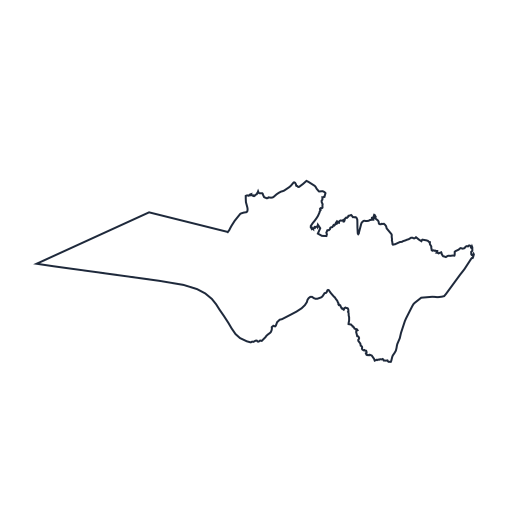 outline of Nyando, Nyanza, Kenya, rotated 14°
{"feature_id": "3690345B75499732008954", "entity_name": "Nyando", "entity_type": "district", "adm_level": 2, "iso_a3": "KEN", "parent_name": "Kenya", "parent_adm1": "Nyanza", "projection": "equal_earth", "projection_center": [34.954, -0.207], "detail": "fine", "context": "isolated", "style": "outline", "palette": "slate", "viewbox_px": 512, "rotation_deg": 14, "n_neighbors": 0, "source": "geoboundaries", "source_scale": "gbopen_adm2", "svg_char_len": 6163}
<svg xmlns="http://www.w3.org/2000/svg" viewBox="0 0 512 512"><g transform="rotate(14 256 256)"><path d="M168.0,303.5L192.8,301.6L206.9,302.4L215.8,304.6L223.5,308.3L229.0,312.5L233.6,316.9L239.4,322.0L245.4,327.6L249.8,332.1L255.0,336.7L260.3,339.5L267.7,341.0L271.6,341.1L272.2,340.8L272.6,340.3L273.1,340.0L274.3,339.9L275.9,338.4L276.6,338.0L277.2,337.9L278.3,338.6L279.1,338.5L279.8,337.9L280.5,337.0L282.1,337.0L284.5,333.0L285.0,332.1L285.3,331.1L286.5,329.3L288.0,327.5L288.6,326.6L288.9,325.8L289.1,323.9L288.9,322.2L288.5,321.3L288.8,320.7L289.4,320.1L289.7,319.5L290.4,319.5L291.0,319.7L291.7,319.6L292.1,318.7L292.5,315.1L294.4,312.1L296.5,311.0L303.9,304.5L308.7,300.2L312.9,295.7L315.3,291.9L316.5,288.5L316.6,286.0L317.3,284.1L318.6,282.5L320.3,282.1L322.3,282.9L324.2,283.1L325.9,282.6L329.1,280.5L330.0,279.5L330.7,278.0L330.9,277.1L331.2,276.5L331.5,275.5L332.9,274.8L333.3,274.0L333.6,272.0L334.1,271.5L334.8,271.5L337.6,273.9L341.6,276.7L342.4,277.0L344.0,278.5L345.6,279.7L346.9,281.5L347.6,282.0L347.6,282.9L348.3,283.6L349.1,283.3L349.7,283.5L350.2,284.3L351.9,286.2L352.6,285.9L353.3,286.6L354.1,286.9L354.3,286.2L354.5,285.1L355.2,284.4L356.3,284.6L357.0,284.5L357.7,284.6L358.4,285.4L359.1,287.3L358.8,287.9L359.7,289.0L360.3,291.2L361.2,293.0L361.9,295.8L362.0,296.7L362.1,298.9L362.3,299.7L364.8,299.5L365.4,300.0L366.6,300.5L366.9,301.1L367.5,301.1L368.2,301.5L369.1,302.6L370.5,302.8L371.3,302.6L371.9,302.9L372.5,303.5L371.4,304.4L371.7,305.9L372.1,306.5L373.6,309.3L374.3,309.2L374.9,309.5L375.4,310.0L375.9,310.7L375.9,311.7L375.5,312.6L375.8,313.6L378.4,315.7L379.3,317.7L380.1,317.9L380.7,318.3L381.1,319.0L381.2,320.1L381.5,320.7L382.0,321.1L383.3,321.5L384.0,321.0L384.6,321.4L385.8,321.3L386.3,322.0L386.7,323.1L386.1,323.8L387.1,325.1L387.9,325.3L388.4,324.9L389.7,325.0L390.2,324.3L392.4,324.6L395.5,327.3L396.5,328.8L398.2,327.5L398.7,327.7L399.7,326.9L400.5,326.9L401.1,326.3L401.7,326.1L403.1,325.9L403.8,325.3L404.6,325.7L405.2,326.5L407.4,326.1L408.8,325.5L409.4,326.2L410.2,326.6L412.4,326.1L412.6,324.9L412.6,320.8L412.8,319.4L413.9,316.5L414.6,314.0L414.6,311.3L414.4,308.8L414.4,307.2L415.4,301.0L415.3,295.5L416.2,283.1L416.7,280.2L418.9,270.5L419.9,266.3L420.5,264.4L421.3,263.1L426.4,256.5L436.7,253.0L438.9,252.5L441.8,252.1L443.1,251.7L446.2,250.5L448.3,249.4L449.6,246.7L458.5,224.9L461.4,218.4L465.5,206.5L465.9,205.8L466.7,205.6L466.9,204.6L467.0,201.8L466.6,201.3L466.4,202.3L466.0,203.1L465.2,202.9L464.5,202.3L463.8,200.0L464.3,199.3L464.6,198.5L463.8,195.3L463.3,194.6L463.2,196.1L462.6,195.9L461.8,194.4L460.7,194.1L459.8,194.5L459.4,195.4L458.0,195.5L457.5,195.9L457.0,196.5L456.8,197.2L456.2,198.1L454.7,198.9L452.7,198.8L452.2,199.2L451.1,200.8L448.4,203.0L447.8,203.8L448.5,206.9L448.4,207.7L446.9,207.9L444.4,208.9L443.0,209.1L442.3,209.4L441.7,209.8L440.5,211.1L439.8,211.1L439.1,210.9L437.8,211.0L437.1,210.6L436.5,209.9L435.9,209.5L435.4,208.4L434.8,207.6L432.5,209.3L431.9,209.0L430.5,209.1L430.9,208.3L430.7,207.3L429.2,207.6L428.6,207.4L427.8,207.8L427.2,207.5L426.7,207.6L425.9,208.2L425.1,207.9L424.7,206.8L424.1,205.7L423.8,204.4L423.2,203.7L422.3,202.9L421.7,202.1L421.4,200.5L420.4,200.5L419.1,199.7L417.5,199.6L413.5,199.9L413.1,200.5L412.9,201.6L410.4,200.8L406.7,199.1L406.2,199.9L405.4,200.6L404.6,200.7L403.4,200.4L402.0,200.8L400.2,202.7L398.2,203.9L397.4,204.6L395.1,206.0L394.1,207.0L392.3,207.6L387.9,211.1L387.3,211.2L386.2,211.9L385.6,211.5L384.8,209.3L384.1,208.1L383.9,206.7L383.1,204.8L382.6,202.7L382.1,202.0L376.1,197.6L375.3,196.1L374.9,195.5L373.8,194.6L372.3,193.8L371.1,194.3L370.0,194.4L369.5,195.0L368.0,195.2L367.3,194.6L366.8,193.3L366.3,192.6L365.6,192.0L362.8,190.7L362.4,190.0L362.7,189.1L361.2,187.5L360.7,187.4L360.6,188.3L361.4,190.4L360.8,190.7L360.0,190.3L359.3,190.8L359.6,191.5L360.9,191.7L361.1,192.4L360.4,192.6L359.8,192.2L359.2,192.4L359.0,193.1L357.7,193.6L357.1,194.3L356.3,194.8L354.2,195.5L352.6,195.6L351.8,196.0L350.5,198.0L350.3,199.4L350.3,201.1L350.2,208.0L350.3,209.3L349.9,210.1L349.4,209.7L349.1,208.9L347.5,203.7L346.1,198.4L345.5,196.3L344.9,195.4L344.2,194.6L343.3,194.2L342.6,194.6L342.0,194.5L340.6,194.9L339.0,193.5L338.4,193.2L337.2,194.1L336.0,194.6L335.8,195.8L335.0,197.0L334.2,196.9L333.3,198.3L333.3,200.4L333.1,201.2L332.6,201.4L331.8,200.1L331.3,200.7L330.5,201.0L329.6,201.0L328.9,201.5L328.3,202.4L328.5,203.7L327.8,203.8L327.0,203.1L326.2,202.7L325.9,203.5L326.9,204.5L326.5,205.3L325.4,205.0L325.0,206.8L324.6,207.5L323.8,207.2L323.1,209.5L321.9,210.0L321.3,210.6L321.3,212.0L320.4,213.4L319.5,213.5L318.9,213.9L318.9,214.7L318.6,216.3L319.5,217.7L319.5,219.6L315.1,220.5L310.6,219.3L311.6,213.5L308.5,210.7L308.6,213.2L308.0,212.7L306.5,213.5L306.4,214.2L305.8,213.9L305.6,214.9L304.8,215.3L305.0,216.0L304.3,215.6L303.7,216.4L303.0,215.7L303.0,214.8L302.2,214.8L301.9,213.6L303.1,210.3L304.4,207.6L305.6,204.6L306.4,202.2L307.1,198.4L307.0,197.5L307.6,195.8L307.1,195.5L306.7,194.9L307.1,193.9L308.4,193.6L308.8,193.0L308.2,190.7L308.1,189.6L306.8,188.0L306.3,186.7L306.5,185.9L306.8,185.3L306.2,183.0L306.8,183.0L307.4,182.2L308.1,182.1L308.2,178.2L307.7,177.8L306.6,177.3L305.1,177.0L303.6,177.4L302.2,178.0L301.4,178.1L298.7,176.2L297.0,174.4L295.9,173.7L289.0,171.4L286.8,170.9L284.2,174.7L281.1,178.5L280.3,178.8L279.0,178.1L278.2,178.2L277.8,177.7L277.6,177.0L276.2,175.5L275.1,175.3L274.6,175.8L273.0,179.1L272.1,180.5L271.3,181.5L267.4,185.8L266.1,186.7L264.8,187.4L262.8,189.2L261.0,191.2L259.0,194.1L258.3,194.9L257.5,195.4L256.4,195.8L253.9,196.1L253.4,197.0L252.3,197.4L251.7,197.2L251.0,197.2L249.6,196.9L247.9,194.8L247.4,193.9L246.9,193.6L244.0,194.3L243.3,194.1L242.4,192.8L242.3,193.6L241.9,194.8L241.8,195.9L240.6,196.8L240.3,197.7L239.6,198.4L238.9,198.4L238.3,197.8L237.9,198.2L236.7,198.0L236.1,198.1L236.2,197.2L235.7,197.5L235.6,198.4L234.9,198.3L234.4,199.3L232.8,199.3L232.1,199.7L231.5,200.2L232.2,202.9L233.2,206.2L235.8,210.9L236.5,212.5L236.7,213.7L236.7,214.9L236.1,215.8L233.5,216.9L231.1,218.4L230.5,219.0L226.8,227.0L225.0,232.4L224.3,235.0L223.8,237.3L222.8,239.7L222.1,239.5L141.7,239.5L45.0,316.6L62.4,314.9L168.0,303.5Z" fill="none" stroke="#1e293b" stroke-width="2"/></g></svg>